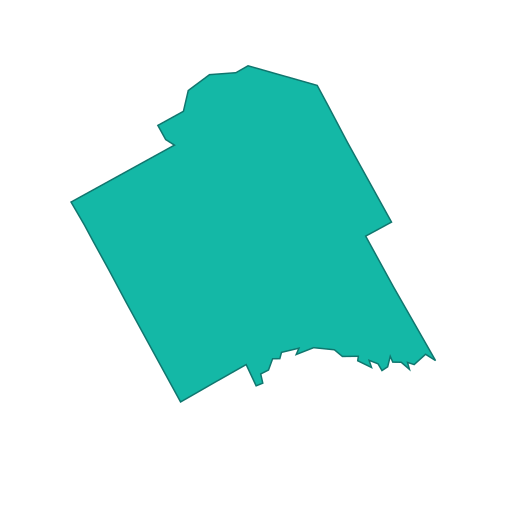 Independence, Arkansas, United States of America (Natural Earth projection), rotated 60°
{"feature_id": "52423323B87068688197244", "entity_name": "Independence", "entity_type": "district", "adm_level": 2, "iso_a3": "USA", "parent_name": "United States of America", "parent_adm1": "Arkansas", "projection": "natural_earth1", "projection_center": [-91.46, 35.735], "detail": "fine", "context": "isolated", "style": "filled", "palette": "teal", "viewbox_px": 512, "rotation_deg": 60, "n_neighbors": 0, "source": "geoboundaries", "source_scale": "gbopen_adm2", "svg_char_len": 764}
<svg xmlns="http://www.w3.org/2000/svg" viewBox="0 0 512 512"><g transform="rotate(60 256 256)"><path d="M116.8,389.2L143.1,389.1L162.6,389.7L195.2,390.4L230.7,391.6L344.7,394.3L344.8,353.8L345.1,318.8L368.5,320.8L369.5,313.7L360.5,310.9L361.0,302.2L353.3,293.0L356.8,286.7L352.2,282.1L357.3,264.9L361.4,270.4L364.2,251.9L376.4,235.0L386.2,231.4L394.0,217.5L397.6,220.3L410.3,211.7L402.9,210.2L410.4,204.2L418.2,204.2L417.8,197.4L410.0,189.9L416.3,190.6L420.6,183.4L430.9,179.8L423.9,178.0L429.1,173.3L425.9,158.3L436.3,152.8L351.2,152.4L293.6,151.1L294.4,121.7L203.4,120.0L161.8,118.4L138.9,117.7L87.3,167.8L87.2,181.8L75.7,205.6L78.8,231.9L94.4,246.5L93.8,275.7L110.0,276.0L119.2,271.2L116.8,389.2Z" fill="#14b8a6" stroke="#0f766e" stroke-width="1.5"/></g></svg>